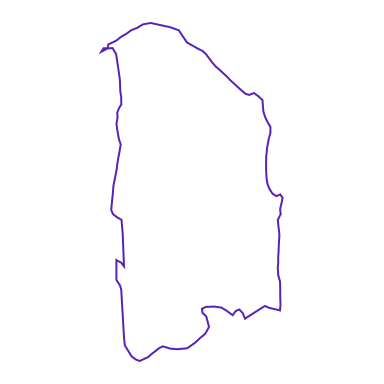 outline of Nísia Floresta, Rio Grande do Norte, Brazil
{"feature_id": "56859067B86256088281903", "entity_name": "Nísia Floresta", "entity_type": "district", "adm_level": 2, "iso_a3": "BRA", "parent_name": "Brazil", "parent_adm1": "Rio Grande do Norte", "projection": "natural_earth1", "projection_center": [-35.168, -6.054], "detail": "fine", "context": "isolated", "style": "outline", "palette": "violet", "viewbox_px": 384, "rotation_deg": 0, "n_neighbors": 0, "source": "geoboundaries", "source_scale": "gbopen_adm2", "svg_char_len": 1712}
<svg xmlns="http://www.w3.org/2000/svg" viewBox="0 0 384 384"><path d="M209.0,326.9L206.3,316.5L202.5,312.8L202.0,308.7L206.0,306.9L214.1,306.6L221.5,307.6L227.1,311.1L232.7,315.2L235.6,311.1L239.3,309.5L242.7,313.1L245.0,318.6L264.8,306.0L269.1,307.8L280.0,310.4L280.5,304.1L280.3,299.4L280.2,291.7L280.2,287.3L280.0,281.5L278.2,274.9L277.8,267.5L278.2,263.2L278.2,256.8L278.6,251.3L278.8,245.1L279.1,240.0L279.4,235.4L279.1,231.3L278.4,225.9L277.8,219.8L280.7,214.1L280.1,209.2L281.4,203.7L282.6,197.9L280.2,194.4L276.5,196.1L272.5,193.7L269.3,188.6L267.4,183.6L266.6,178.7L266.1,170.3L266.1,163.0L266.2,156.5L266.8,151.3L267.2,147.2L268.1,142.6L268.8,138.6L270.4,132.9L270.4,126.9L267.4,121.8L264.9,116.4L263.4,111.6L262.8,104.9L262.5,100.2L258.6,96.4L253.9,93.0L249.3,94.9L245.7,93.9L242.4,91.2L237.9,87.2L230.3,80.2L227.0,76.7L222.5,72.5L215.6,66.4L211.7,61.8L205.8,53.9L202.3,50.8L198.1,48.8L186.9,42.4L178.8,30.3L170.2,27.2L150.7,23.0L143.1,24.3L137.1,27.9L131.4,30.1L126.2,33.9L120.9,36.9L116.5,40.5L112.3,42.6L108.3,44.4L107.5,48.4L112.5,48.1L116.1,53.9L119.9,79.7L120.3,91.4L121.2,97.1L121.3,104.4L118.9,108.4L117.2,112.8L117.6,117.4L116.5,123.4L116.9,127.5L118.9,139.1L120.7,144.3L119.2,153.4L118.1,158.9L117.2,164.7L116.7,169.1L114.8,178.9L113.5,185.4L112.9,192.4L111.2,209.9L112.9,214.1L117.2,217.4L121.5,219.8L122.2,227.7L122.7,234.1L124.0,266.3L121.2,262.7L116.4,260.1L116.4,279.9L120.0,285.5L121.2,289.3L124.1,338.9L124.9,345.5L131.7,356.5L135.6,359.4L139.6,361.0L147.9,357.2L151.5,354.1L159.1,348.2L162.8,346.3L170.2,348.6L177.6,349.2L187.1,348.3L195.1,342.7L199.9,338.2L205.2,333.8L209.0,326.9ZM101.4,51.7L107.5,48.4L103.6,48.2L101.4,51.7Z" fill="none" stroke="#5b21b6" stroke-width="2"/></svg>